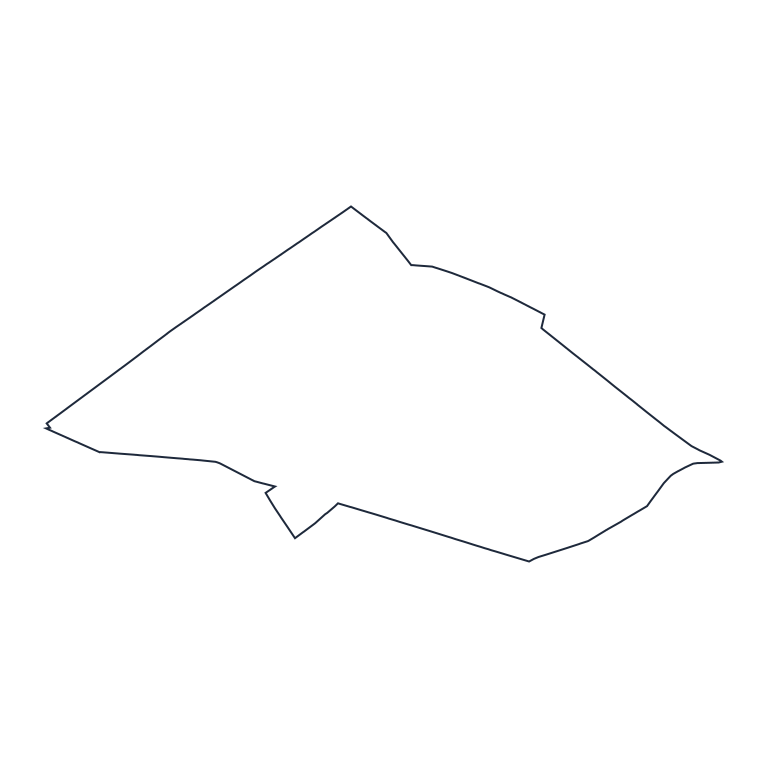 Comuna 15, Ciudad de Buenos Aires, Argentina (Robinson projection)
{"feature_id": "61730980B90079701589370", "entity_name": "Comuna 15", "entity_type": "district", "adm_level": 2, "iso_a3": "ARG", "parent_name": "Argentina", "parent_adm1": "Ciudad de Buenos Aires", "projection": "robinson", "projection_center": [-58.461, -34.59], "detail": "fine", "context": "isolated", "style": "outline", "palette": "slate", "viewbox_px": 768, "rotation_deg": 0, "n_neighbors": 0, "source": "geoboundaries", "source_scale": "gbopen_adm2", "svg_char_len": 3815}
<svg xmlns="http://www.w3.org/2000/svg" viewBox="0 0 768 768"><path d="M426.0,529.9L429.3,530.9L442.1,534.9L448.5,536.9L450.9,537.6L455.4,539.1L463.7,541.6L471.6,544.1L472.5,544.4L477.0,545.8L480.4,546.8L484.7,548.2L488.6,549.3L488.9,549.4L489.1,549.5L491.2,550.2L491.9,550.4L495.4,551.4L503.4,553.8L505.3,554.4L522.4,559.5L529.1,561.5L533.9,558.9L538.5,557.0L546.6,554.5L556.6,551.3L557.9,550.9L568.2,547.6L569.4,547.2L578.9,544.1L580.5,543.5L587.7,541.2L588.4,540.9L594.3,537.4L598.8,534.6L605.4,530.6L605.5,530.5L606.5,529.9L606.8,529.8L608.2,528.9L610.2,527.8L621.0,521.7L622.6,520.6L624.1,519.7L633.0,514.4L633.4,514.2L637.9,511.5L639.5,510.6L647.1,506.1L647.5,505.5L650.2,501.7L656.3,493.4L657.3,492.1L663.7,483.3L664.4,482.5L664.7,482.2L669.0,477.6L670.8,475.7L672.6,474.4L673.1,474.0L678.2,471.1L678.3,471.1L683.0,468.6L684.1,468.0L684.8,467.6L693.1,463.7L695.0,463.4L696.0,463.3L697.2,463.1L708.5,462.8L718.7,462.5L721.9,461.7L720.5,460.6L709.5,454.8L699.5,450.3L697.7,449.3L691.7,446.2L691.4,446.0L691.1,445.8L682.1,439.2L673.0,432.5L671.7,431.5L671.5,431.4L665.5,426.9L664.2,426.0L663.6,425.5L659.8,422.4L655.7,419.2L646.1,411.6L637.1,404.4L637.0,404.2L636.2,403.6L631.2,399.6L629.2,398.1L621.2,391.7L615.1,386.9L614.0,386.0L606.0,379.5L598.1,373.2L596.7,372.1L596.5,371.9L594.4,370.2L594.1,370.0L594.0,369.9L593.4,369.5L586.9,364.3L580.4,359.2L572.5,353.0L569.9,350.9L561.3,344.0L552.4,336.9L543.1,329.5L541.4,328.0L544.6,314.6L544.2,314.4L542.6,313.6L533.0,308.6L529.6,306.9L521.9,302.9L513.9,298.8L511.9,297.8L511.8,297.7L511.5,297.6L511.0,297.3L510.4,297.1L504.2,294.4L502.1,293.4L500.8,292.9L500.2,292.6L497.4,291.3L493.1,289.2L489.4,287.4L488.9,287.2L486.9,286.4L480.4,283.9L479.4,283.5L478.9,283.4L472.0,280.7L467.6,279.0L456.4,274.7L451.9,273.0L447.1,271.4L437.2,268.2L435.5,267.7L432.2,266.6L425.5,266.1L415.7,265.4L414.9,265.3L412.3,265.1L411.5,265.1L411.2,265.1L408.5,261.6L407.8,260.7L399.6,250.4L394.2,243.6L393.1,242.3L386.3,232.9L384.8,231.9L371.1,221.7L362.2,215.0L351.0,206.5L345.0,210.7L343.3,211.9L336.1,216.8L329.5,221.3L321.5,226.7L313.6,232.2L312.3,233.0L305.7,237.6L304.5,238.4L298.9,242.3L297.8,243.0L297.3,243.3L296.6,243.8L289.9,248.4L287.9,249.7L286.9,250.4L286.6,250.6L281.7,254.0L268.6,262.9L267.0,263.9L263.3,266.5L259.7,268.9L255.9,271.5L253.1,273.5L251.0,275.0L243.0,280.5L241.9,281.3L240.5,282.3L236.2,285.3L235.0,286.1L226.4,292.1L219.1,297.2L218.1,297.9L217.5,298.3L209.8,303.7L204.5,307.3L201.6,309.4L195.4,313.7L194.3,314.5L185.2,320.8L176.2,327.0L170.4,331.1L168.9,332.2L164.0,336.0L157.8,340.6L153.1,344.2L148.3,347.8L143.6,351.3L138.8,355.0L129.4,362.1L127.4,363.6L124.6,365.7L119.8,369.2L115.0,372.8L113.1,374.2L110.3,376.3L100.7,383.4L91.1,390.5L80.3,398.5L69.1,406.8L59.7,413.8L57.9,415.1L48.0,422.4L46.7,423.4L50.0,427.7L46.1,428.4L49.1,429.8L51.7,430.9L52.7,431.4L60.8,435.0L70.0,439.1L74.9,441.3L77.8,442.5L79.0,443.1L79.7,443.4L89.6,447.8L99.8,452.3L100.2,452.1L103.1,452.3L120.5,453.7L131.4,454.5L135.3,454.8L135.7,454.9L136.5,454.9L139.3,455.2L150.0,456.0L158.7,456.7L164.2,457.2L172.5,457.9L178.6,458.4L178.8,458.4L182.6,458.7L184.3,458.9L188.2,459.2L189.9,459.4L192.9,459.6L200.9,460.3L203.6,460.6L215.4,461.8L216.8,462.2L219.3,463.1L220.6,463.7L226.6,466.8L238.0,472.7L246.7,477.2L254.4,481.2L256.8,481.8L263.1,483.5L263.7,483.6L275.0,486.5L273.6,487.4L272.6,488.1L265.6,492.9L270.1,500.5L275.0,508.4L280.5,516.6L280.7,517.0L287.3,526.7L295.0,538.2L303.2,532.1L303.7,531.8L306.5,529.7L313.6,524.4L314.4,523.8L315.3,523.1L325.2,514.2L327.2,512.9L334.8,506.4L338.0,503.3L339.2,503.7L349.4,506.7L350.0,506.9L351.3,507.2L361.9,510.4L364.3,511.1L368.6,512.4L371.4,513.2L376.4,514.7L387.2,518.0L388.6,518.5L395.4,520.5L399.7,521.9L400.7,522.2L408.6,524.6L412.1,525.6L413.0,525.9L422.1,528.7L426.0,529.9Z" fill="none" stroke="#1e293b" stroke-width="2"/></svg>